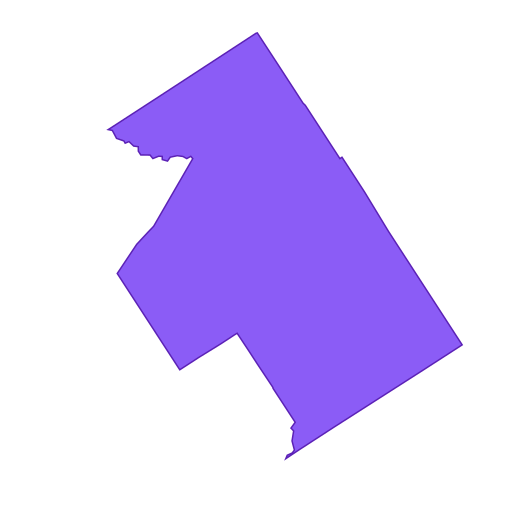 outline of Pinal, Arizona, United States of America, rotated 237°
{"feature_id": "52423323B99674467123190", "entity_name": "Pinal", "entity_type": "district", "adm_level": 2, "iso_a3": "USA", "parent_name": "United States of America", "parent_adm1": "Arizona", "projection": "natural_earth1", "projection_center": [-111.21, 32.984], "detail": "fine", "context": "isolated", "style": "filled", "palette": "violet", "viewbox_px": 512, "rotation_deg": 237, "n_neighbors": 0, "source": "geoboundaries", "source_scale": "gbopen_adm2", "svg_char_len": 939}
<svg xmlns="http://www.w3.org/2000/svg" viewBox="0 0 512 512"><g transform="rotate(237 256 256)"><path d="M316.9,130.1L231.5,130.1L202.1,130.1L202.1,135.8L202.1,152.8L201.5,179.3L201.6,194.6L201.5,198.1L190.6,198.2L179.7,198.3L164.9,198.3L136.6,198.6L135.7,198.2L95.2,198.3L92.6,191.6L88.8,192.3L81.3,185.5L72.3,182.5L71.1,179.0L71.9,173.7L69.8,170.6L70.0,187.3L70.0,229.0L69.3,334.4L69.2,380.5L156.3,380.5L156.7,380.5L204.3,380.5L250.7,381.9L292.0,381.9L292.0,379.4L355.6,379.4L358.5,378.7L371.2,378.7L403.2,378.7L442.4,378.6L442.8,377.2L442.5,255.0L442.5,254.3L442.5,200.9L439.5,203.9L430.6,203.1L424.4,207.9L421.9,207.7L421.1,211.8L414.8,213.3L411.8,216.8L408.0,214.4L403.5,214.4L398.4,222.1L393.9,222.6L392.7,228.7L390.6,231.6L387.9,229.9L383.8,233.5L385.6,237.9L383.0,244.6L379.3,248.9L375.4,251.0L375.1,255.6L372.1,256.0L336.7,186.4L334.9,178.8L330.8,162.4L316.9,130.1Z" fill="#8b5cf6" stroke="#5b21b6" stroke-width="1.5"/></g></svg>